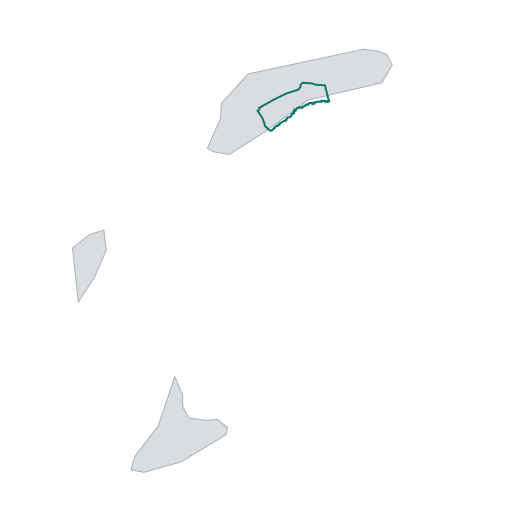 Oichili-Dimani, Andjazîdja, Comoros (highlighted), rotated 74°
{"feature_id": "10938185B16841428111903", "entity_name": "Oichili-Dimani", "entity_type": "district", "adm_level": 2, "iso_a3": "COM", "parent_name": "Comoros", "parent_adm1": "Andjazîdja", "projection": "equal_earth", "projection_center": [43.406, -11.657], "detail": "fine", "context": "in_parent", "style": "outline", "palette": "teal", "viewbox_px": 512, "rotation_deg": 74, "n_neighbors": 0, "source": "geoboundaries", "source_scale": "gbopen_adm2", "svg_char_len": 5103}
<svg xmlns="http://www.w3.org/2000/svg" viewBox="0 0 512 512"><g transform="rotate(74 256 256)"><path d="M144.0,268.2L138.8,273.0L113.9,252.1L99.7,247.2L78.8,213.3L86.8,95.9L93.5,80.8L98.5,74.7L110.1,72.5L124.1,87.2L120.4,162.7L139.1,213.6L151.0,253.8L144.0,268.2ZM419.6,334.3L433.2,385.0L433.1,423.1L427.2,435.2L415.0,427.4L392.5,397.0L349.7,367.3L369.3,364.9L380.8,367.9L393.0,365.2L400.7,348.5L402.2,338.5L412.9,330.6L419.6,334.3ZM232.0,417.1L251.2,439.5L197.9,430.2L189.5,410.0L189.1,395.1L209.0,398.3L232.0,417.1Z" fill="#d9dde1" stroke="#a8b0b8" stroke-width="1"/><path d="M110.9,142.6L107.9,151.3L105.4,154.8L102.3,163.7L103.9,166.0L106.0,166.9L107.8,169.8L108.1,181.5L110.5,195.3L114.5,212.3L114.8,212.1L115.4,212.0L115.5,212.1L116.2,212.5L116.4,212.8L116.5,213.0L116.6,213.3L116.8,213.8L116.9,214.4L126.3,211.6L127.0,211.6L127.3,211.5L127.5,211.5L129.2,211.7L129.5,211.7L130.5,211.3L130.9,211.3L131.7,211.2L131.8,211.2L132.3,211.6L133.9,211.4L134.4,211.2L134.7,210.9L134.9,210.4L135.2,210.2L135.4,210.1L135.8,210.2L136.3,209.8L136.6,209.6L136.9,209.7L138.9,208.2L139.8,207.4L139.8,207.2L139.6,206.7L139.5,206.3L139.4,206.2L139.2,205.1L139.2,204.8L139.0,204.6L138.9,204.7L138.7,204.3L138.4,204.0L138.3,203.7L138.0,203.5L137.9,203.3L138.1,202.9L137.9,202.8L137.9,202.5L137.2,201.8L137.2,201.7L136.9,201.2L136.7,201.3L136.5,201.1L136.5,200.6L136.7,200.3L136.6,200.1L136.9,199.7L136.7,199.6L136.8,199.5L136.7,199.2L136.8,198.9L136.5,197.9L136.1,197.5L136.1,197.4L135.9,197.5L135.9,197.4L135.7,197.4L135.7,197.2L135.4,197.0L135.2,197.1L135.0,196.8L134.9,196.5L135.0,195.9L134.9,194.9L134.7,194.7L134.6,194.4L134.5,194.1L134.5,193.7L134.3,193.5L134.2,193.0L133.9,192.2L133.9,191.8L134.1,191.6L134.2,191.3L134.2,191.2L134.2,190.8L134.2,190.7L133.9,190.2L133.7,190.2L133.7,189.8L133.8,189.7L133.6,189.6L133.6,189.4L133.4,189.4L133.3,189.1L133.2,189.0L132.9,189.1L132.9,188.9L132.6,188.6L132.5,188.4L132.3,188.4L132.2,188.3L132.1,188.1L132.0,187.8L131.9,187.8L131.9,187.7L131.7,187.3L131.7,187.0L131.8,186.5L131.7,186.2L131.8,185.9L131.7,185.7L131.9,185.6L132.0,185.3L131.9,185.1L131.8,184.9L131.5,184.7L131.3,184.5L131.3,184.3L131.3,184.2L131.2,184.0L131.2,183.6L130.9,183.6L130.3,183.3L130.2,183.3L130.1,183.1L129.9,182.8L129.7,182.5L129.5,182.3L129.4,182.2L129.6,182.1L129.6,181.9L129.4,181.8L129.3,181.6L129.3,181.4L129.3,181.2L129.2,181.3L129.1,180.9L128.9,180.8L128.5,181.0L128.4,180.9L128.4,180.7L128.3,180.3L128.4,180.1L128.2,180.1L128.1,179.8L127.9,179.8L127.8,179.4L127.4,179.7L127.1,179.5L126.9,179.6L126.8,179.4L126.7,179.2L126.9,179.1L126.8,178.9L126.9,178.4L126.7,178.4L126.8,178.3L126.7,178.3L126.6,178.2L126.6,177.8L126.4,177.8L126.4,177.6L126.1,177.7L126.1,177.4L125.9,177.5L125.9,177.4L125.9,177.2L126.0,177.0L126.0,176.9L126.1,176.6L125.9,176.5L126.0,176.4L125.9,176.3L125.6,175.7L125.3,175.5L125.2,175.5L125.2,175.2L125.2,175.3L125.3,175.3L125.2,175.0L125.3,174.8L125.2,174.6L125.2,174.4L124.8,174.1L124.8,173.9L125.0,173.7L125.0,173.4L124.9,173.2L125.0,173.1L125.1,172.9L125.3,172.9L125.4,172.7L125.2,172.3L125.2,172.2L125.4,172.0L125.5,171.9L125.6,172.0L125.6,171.7L125.8,171.7L126.0,171.5L125.9,171.4L126.0,171.2L126.2,170.9L125.9,170.8L126.0,170.6L125.9,170.4L125.8,170.5L125.7,170.4L125.8,170.1L125.7,169.9L125.8,169.8L125.6,169.4L125.4,169.4L125.4,169.0L125.3,168.9L125.3,168.6L125.2,168.4L124.9,168.2L124.8,167.9L124.8,167.7L125.1,167.6L125.0,167.2L125.0,166.9L124.9,166.8L124.9,166.7L124.8,166.4L124.6,166.2L124.5,165.8L124.6,165.6L124.6,165.4L124.4,165.2L124.5,165.0L124.4,164.9L124.5,164.8L124.4,164.8L124.4,164.4L124.3,164.2L124.2,164.0L124.2,163.8L124.3,163.8L124.3,163.7L124.1,163.5L124.1,163.2L123.9,163.0L123.9,162.8L124.0,162.8L124.0,162.7L123.8,162.4L123.7,162.2L123.6,161.9L123.8,161.6L123.8,161.4L124.0,161.3L124.0,161.1L123.9,160.9L124.1,160.7L124.3,160.7L124.6,160.5L124.9,160.4L125.0,160.3L124.9,160.1L125.1,160.1L125.2,159.9L125.3,159.8L125.2,159.6L125.3,159.6L125.5,159.6L125.5,159.3L125.2,159.3L125.4,159.2L125.3,158.9L125.1,158.8L124.9,158.8L124.8,158.7L124.8,158.4L124.7,158.3L124.8,158.2L124.7,158.2L124.9,158.1L124.9,157.9L124.8,158.0L124.8,157.9L125.0,157.8L124.8,157.7L124.7,157.5L124.5,157.0L124.4,156.7L124.6,156.3L124.6,156.1L124.6,155.6L124.6,155.4L124.6,155.2L124.7,154.8L124.6,154.7L124.7,153.9L124.8,153.9L124.8,153.7L124.9,153.3L125.1,153.1L125.1,152.9L125.2,152.7L125.1,152.3L125.2,152.2L125.2,151.9L125.1,151.7L125.3,151.6L125.4,151.3L125.4,151.2L125.2,151.1L125.3,150.9L125.5,150.8L125.4,150.7L125.5,150.7L125.5,150.4L125.5,150.2L125.4,150.3L125.3,150.1L125.4,149.9L125.4,149.6L125.4,149.4L125.6,148.9L125.6,148.7L125.6,148.4L125.5,148.0L125.4,147.8L125.7,147.4L125.7,147.2L126.0,147.1L126.1,146.9L126.3,146.9L126.6,146.9L126.6,147.0L126.8,146.9L126.7,146.8L126.7,146.7L126.8,146.8L127.0,146.6L127.0,146.4L127.0,146.2L126.8,145.9L126.9,145.7L127.0,145.4L126.9,145.3L127.1,145.2L126.8,144.9L126.8,144.5L127.0,144.3L127.2,144.0L127.2,143.9L127.1,143.7L127.3,143.5L127.4,143.4L127.5,143.4L127.6,143.5L127.6,143.4L127.5,143.2L127.3,142.8L123.0,143.3L121.8,143.0L116.0,142.9L110.9,142.6Z" fill="none" stroke="#0f766e" stroke-width="2"/></g></svg>